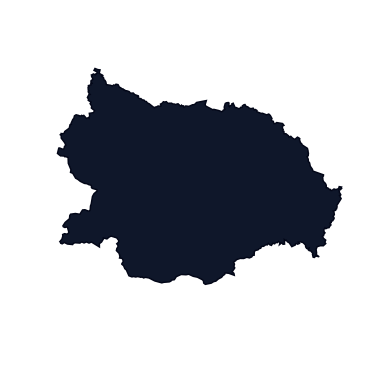 the district of Mandritsara, Sofia, Madagascar, rotated 290°
{"feature_id": "10022922B13687974105922", "entity_name": "Mandritsara", "entity_type": "district", "adm_level": 2, "iso_a3": "MDG", "parent_name": "Madagascar", "parent_adm1": "Sofia", "projection": "robinson", "projection_center": [48.852, -16.049], "detail": "fine", "context": "isolated", "style": "filled", "palette": "ink", "viewbox_px": 384, "rotation_deg": 290, "n_neighbors": 0, "source": "geoboundaries", "source_scale": "gbopen_adm2", "svg_char_len": 6003}
<svg xmlns="http://www.w3.org/2000/svg" viewBox="0 0 384 384"><g transform="rotate(290 192 192)"><path d="M255.0,58.5L252.2,59.7L251.8,60.6L251.1,60.1L250.1,60.7L248.8,62.8L248.3,61.8L245.0,61.4L244.0,62.9L242.6,63.2L242.0,66.4L240.2,66.0L238.4,68.4L236.5,68.7L235.1,72.7L232.8,72.2L230.8,68.6L228.8,69.7L226.1,70.0L226.5,69.2L225.0,67.8L227.0,64.1L226.1,63.3L226.3,62.2L225.5,62.0L225.3,60.7L224.9,60.4L225.2,59.4L224.9,56.7L223.4,55.5L220.4,55.8L219.6,55.2L215.0,54.9L214.3,55.5L213.6,54.4L210.0,54.8L205.3,51.7L203.7,51.9L202.6,50.6L202.2,49.0L201.5,49.2L200.7,48.7L200.4,49.8L197.9,50.7L194.8,55.5L192.8,57.4L191.2,56.6L189.2,56.9L188.0,56.4L188.1,52.6L187.7,51.8L182.2,52.4L181.0,56.1L182.1,59.3L181.6,60.3L182.1,61.5L182.0,63.8L176.6,66.0L171.5,70.7L168.9,71.1L168.8,73.6L165.2,77.9L164.8,80.5L163.8,83.4L163.3,87.9L163.9,90.8L163.6,92.1L163.8,94.8L163.5,95.4L162.0,95.9L161.3,96.9L161.6,101.4L161.3,102.2L160.5,102.5L156.9,100.5L153.7,100.0L146.2,101.4L144.1,101.4L140.7,102.4L139.2,102.2L138.6,101.0L138.7,97.4L137.7,95.3L132.7,94.2L131.9,89.8L129.6,85.5L128.1,85.2L125.0,86.0L120.0,83.2L116.0,82.3L115.3,83.0L115.2,84.7L116.2,86.2L116.2,87.1L111.8,90.2L109.7,89.2L109.2,86.4L107.8,85.0L106.4,85.7L103.3,85.9L100.1,84.8L99.8,85.6L99.0,86.1L98.9,87.7L100.9,89.3L100.5,92.7L101.8,97.8L103.1,98.1L104.3,99.4L105.7,104.2L106.8,104.8L107.4,105.9L107.2,108.0L109.0,109.9L108.8,112.7L110.6,114.6L108.7,123.8L111.8,122.6L114.0,124.1L117.6,124.8L118.5,124.4L118.8,128.1L121.7,129.8L122.9,131.2L123.2,136.9L121.4,139.7L119.7,140.1L117.6,139.0L116.7,140.5L115.4,141.2L113.2,140.7L111.1,141.0L109.4,144.5L106.8,146.3L105.2,146.5L105.7,148.8L105.0,150.0L103.1,151.2L100.8,150.6L100.1,150.8L99.4,152.9L97.0,155.1L96.3,157.0L91.7,161.4L91.7,164.6L92.6,166.0L92.9,168.2L94.0,169.9L94.4,173.2L95.1,174.1L94.7,175.9L95.9,177.5L96.5,181.0L95.7,187.4L96.3,194.7L97.5,196.4L99.8,201.4L101.1,202.7L102.1,202.8L103.6,205.4L107.1,206.2L110.8,210.0L112.2,214.7L113.6,217.0L113.2,222.0L113.8,226.2L113.1,231.9L112.4,233.1L110.4,234.2L109.8,236.1L112.9,241.2L115.2,243.0L116.4,244.9L119.3,246.5L122.0,249.0L124.0,249.6L125.8,250.9L127.3,250.8L128.2,254.3L128.2,260.2L129.9,259.2L130.8,257.0L134.9,258.1L135.5,258.0L136.3,256.8L138.7,256.6L140.3,255.0L142.5,256.6L143.5,256.8L146.1,260.0L147.2,263.3L149.4,265.8L149.7,268.5L151.4,270.3L153.2,270.7L153.8,272.0L157.3,271.0L158.7,271.5L160.2,273.8L161.6,274.4L162.7,275.8L164.6,275.9L165.5,277.9L167.9,279.5L167.9,280.7L169.8,281.3L169.0,283.1L169.0,284.9L171.4,285.4L171.6,287.4L172.5,287.6L173.5,288.8L173.7,289.7L175.2,290.3L174.7,291.9L172.5,292.2L174.7,293.5L174.7,294.2L174.0,295.4L174.7,296.8L178.9,295.0L178.4,296.6L178.9,297.1L177.8,298.8L177.6,300.6L174.8,304.5L177.6,307.2L178.9,307.1L179.3,308.1L179.1,309.1L180.4,310.5L181.2,309.0L182.2,310.9L182.5,313.5L181.1,316.7L179.3,317.6L178.2,319.0L178.2,319.8L179.3,321.1L177.5,321.0L177.0,322.2L177.3,323.6L175.6,326.6L174.7,326.5L172.2,328.1L172.3,329.3L174.2,330.3L174.6,333.7L175.8,329.8L177.2,330.0L180.6,328.2L183.4,328.3L185.4,330.9L186.4,333.8L189.3,335.3L190.2,334.0L192.5,334.1L193.4,331.5L194.9,329.6L196.0,330.6L197.1,330.3L198.9,330.9L199.3,330.8L199.4,329.5L200.2,329.6L201.5,328.7L203.9,329.2L203.3,330.3L204.7,331.6L205.4,333.0L206.9,333.1L208.2,333.8L208.9,333.6L209.3,332.6L210.4,332.5L210.9,333.3L212.2,332.9L213.0,334.0L215.6,334.6L216.6,334.1L217.1,332.9L219.4,333.5L221.8,332.2L222.4,331.2L223.9,333.2L224.9,332.9L225.5,333.6L227.7,333.4L228.8,332.7L236.8,334.4L238.9,331.9L239.2,331.8L239.6,332.7L240.4,332.7L241.8,330.9L243.9,329.6L244.7,329.5L244.9,330.7L246.7,331.4L247.1,330.7L247.8,330.8L247.4,328.5L245.3,328.6L243.4,326.3L243.5,325.0L242.9,324.8L243.1,324.1L241.2,323.0L240.9,321.5L241.7,321.3L241.6,319.4L242.3,318.2L241.9,316.7L244.3,315.8L245.7,314.4L246.9,311.8L248.3,310.8L250.9,309.6L252.0,310.0L253.1,309.7L253.0,298.5L254.6,297.3L256.7,294.3L259.6,292.5L260.6,290.8L262.6,290.0L264.6,288.0L265.8,288.8L268.4,288.1L269.6,287.0L270.0,287.2L272.5,285.5L273.9,279.5L274.9,278.5L275.4,277.1L277.9,275.1L278.9,275.1L279.4,273.9L279.6,272.3L276.6,270.7L277.0,268.1L278.1,265.8L276.7,264.5L277.8,263.5L278.9,260.3L278.2,258.6L280.4,257.6L280.4,256.5L282.0,256.3L282.7,255.2L284.9,254.5L286.1,255.6L287.3,253.7L286.2,247.8L285.0,247.1L284.3,245.8L285.3,244.7L286.2,244.3L286.0,243.4L286.8,241.9L288.4,242.0L290.7,239.4L291.5,237.5L290.0,235.7L290.1,231.4L289.5,229.9L289.6,225.4L290.8,225.2L291.2,223.4L290.4,222.4L291.7,220.8L290.4,218.8L290.5,216.7L291.1,215.4L291.0,213.4L292.3,211.9L291.8,211.0L290.2,209.9L288.7,210.2L288.2,208.8L287.3,208.8L286.2,207.1L286.5,204.9L286.0,203.7L289.5,200.3L288.4,199.3L287.7,199.9L285.8,198.1L284.9,198.0L285.2,197.2L288.3,196.3L288.5,195.5L287.6,193.9L286.6,193.0L283.0,193.2L281.8,193.7L280.9,194.7L279.6,193.4L278.4,193.2L277.6,192.4L277.7,189.4L277.1,184.2L276.4,183.5L277.4,175.8L278.1,174.8L279.0,174.4L282.8,174.2L277.7,165.7L275.0,164.4L274.1,162.6L271.4,159.8L270.7,156.7L268.7,155.6L269.4,154.5L270.0,154.5L269.6,153.1L270.0,152.5L268.9,152.1L268.9,151.6L270.1,148.7L268.5,146.4L268.6,144.9L268.0,144.1L268.5,142.5L267.1,138.9L268.1,137.0L267.2,135.6L267.0,134.2L265.5,133.8L263.8,132.3L262.8,133.2L261.9,133.3L261.2,130.7L259.6,129.3L259.3,128.4L258.2,127.9L260.3,121.5L260.4,119.6L261.4,118.2L261.1,117.0L262.0,115.3L261.5,113.9L262.3,112.0L261.9,111.1L262.3,109.0L262.8,108.3L263.6,109.0L264.0,108.7L263.9,104.9L264.9,103.0L263.8,100.4L264.9,98.5L264.8,96.1L264.3,94.6L264.9,93.8L264.6,93.1L265.2,92.3L265.1,90.4L265.7,89.2L265.4,88.2L267.6,85.8L267.3,83.7L265.9,83.1L265.8,81.8L264.4,80.9L264.4,79.0L263.6,74.8L266.1,73.3L267.2,71.9L267.3,70.9L269.0,69.9L269.6,68.4L271.0,68.4L271.3,67.3L270.5,67.1L271.3,66.6L271.8,64.2L275.3,63.8L274.8,61.6L274.9,58.6L272.8,58.3L272.4,61.5L271.5,62.2L270.2,61.7L270.0,61.1L269.1,61.0L269.2,59.0L267.5,57.5L267.2,58.3L266.1,58.2L265.1,59.6L263.6,60.2L262.2,59.1L261.5,59.1L260.0,60.8L259.7,59.7L258.1,60.4L256.6,58.3L255.7,59.0L255.0,58.5Z" fill="#0f172a" stroke="#020617" stroke-width="1.5"/></g></svg>